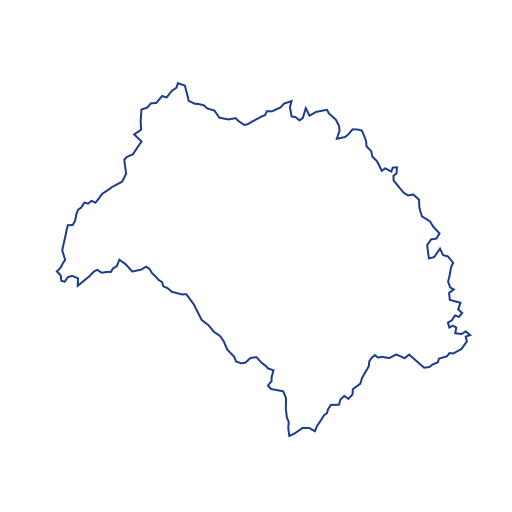 Pontão, Rio Grande do Sul, Brazil, rotated 351°
{"feature_id": "56859067B45504754555875", "entity_name": "Pontão", "entity_type": "district", "adm_level": 2, "iso_a3": "BRA", "parent_name": "Brazil", "parent_adm1": "Rio Grande do Sul", "projection": "natural_earth1", "projection_center": [-52.639, -28.041], "detail": "fine", "context": "isolated", "style": "outline", "palette": "blue", "viewbox_px": 512, "rotation_deg": 351, "n_neighbors": 0, "source": "geoboundaries", "source_scale": "gbopen_adm2", "svg_char_len": 2982}
<svg xmlns="http://www.w3.org/2000/svg" viewBox="0 0 512 512"><g transform="rotate(351 256 256)"><path d="M286.8,438.3L289.7,433.4L294.6,428.2L298.4,423.8L301.5,422.3L303.2,418.6L306.6,414.8L314.6,415.9L317.0,410.9L321.3,408.0L324.9,411.5L329.7,407.8L330.8,402.7L339.0,398.5L341.7,393.0L350.2,382.5L351.4,377.8L354.5,374.5L357.9,372.5L360.6,375.4L364.6,375.3L371.6,377.7L378.9,375.2L383.2,377.8L386.8,380.2L391.8,377.3L404.5,392.6L409.9,392.8L413.3,390.8L418.9,389.5L420.7,386.0L429.0,384.9L431.8,382.2L435.6,383.1L444.2,380.1L450.9,373.4L450.5,368.4L455.1,367.6L451.3,363.3L446.9,365.2L440.7,363.5L442.6,358.0L439.5,355.6L435.8,356.9L435.1,351.8L439.1,350.3L443.4,345.8L446.9,347.9L450.7,344.5L447.3,340.4L450.6,334.2L440.6,329.7L440.9,322.7L446.1,320.0L442.9,317.5L441.7,311.5L444.2,305.4L447.1,297.2L449.7,293.6L445.5,286.4L440.9,284.4L438.9,277.5L431.8,285.0L426.4,285.4L426.7,272.2L431.5,267.0L436.9,267.0L440.8,262.5L435.5,254.5L433.2,248.9L426.2,242.9L425.3,237.7L425.0,233.0L425.8,225.8L420.9,219.8L415.8,220.0L412.0,216.9L409.3,212.6L403.7,202.9L404.4,198.1L407.7,196.5L409.1,190.5L404.9,190.1L402.9,193.8L397.3,189.6L393.6,191.6L390.3,181.2L386.5,176.2L386.2,170.5L382.3,165.0L382.7,159.7L381.6,154.4L380.2,148.6L375.8,146.9L371.2,146.0L366.5,150.1L362.7,152.4L358.9,152.6L354.2,152.9L358.1,145.3L358.4,140.7L356.2,133.9L353.3,130.3L350.3,126.6L349.0,122.7L337.8,123.1L330.8,125.8L328.3,117.8L325.9,122.7L323.9,126.9L320.3,128.9L316.6,124.9L313.0,123.8L312.8,114.3L315.3,108.5L307.5,109.9L303.2,113.2L294.4,115.6L289.3,114.7L287.0,118.3L282.9,119.2L272.0,123.1L268.7,124.5L265.1,124.8L259.8,120.0L257.5,116.7L250.0,116.8L241.4,113.6L237.7,105.9L230.9,102.6L228.2,99.1L223.1,96.9L219.2,96.0L213.8,92.2L213.3,85.7L212.4,76.6L205.9,73.1L203.7,77.4L199.0,79.5L192.5,85.4L188.3,83.3L181.5,89.2L176.0,88.8L171.7,92.5L165.8,93.4L163.2,104.6L162.3,113.2L154.7,116.9L160.8,124.9L150.3,136.3L144.0,138.0L140.9,140.3L140.6,154.6L135.3,161.7L124.7,165.3L118.9,168.3L113.8,170.5L110.1,174.3L105.8,178.2L102.1,175.8L98.3,178.0L94.9,176.4L90.8,180.9L87.6,182.4L85.0,186.8L82.8,193.0L79.8,196.7L75.0,196.2L73.2,200.2L71.8,204.1L65.5,220.0L66.9,230.0L64.2,232.8L61.3,236.8L56.9,240.1L60.1,244.7L59.8,250.0L63.0,251.5L67.0,247.4L71.4,246.9L76.7,250.2L75.3,257.5L88.2,250.0L93.6,245.9L97.1,244.8L100.9,248.4L106.9,248.4L110.1,249.1L112.7,246.0L116.9,244.3L120.5,238.3L126.0,243.8L131.4,252.0L140.4,251.5L145.7,249.4L148.6,251.8L150.8,256.9L153.5,260.4L156.0,264.3L159.2,267.2L159.7,271.4L163.7,274.0L167.1,278.1L176.8,282.4L181.2,282.8L187.0,294.1L192.3,310.6L198.3,317.0L202.5,324.2L208.1,329.6L210.8,335.3L212.9,343.9L218.7,352.1L219.8,357.0L224.6,359.7L228.8,359.7L234.7,355.8L240.7,356.0L244.6,362.1L248.3,365.9L250.4,369.0L255.4,371.6L252.5,378.0L251.8,382.0L247.5,385.9L250.0,389.7L261.7,393.9L263.4,401.2L261.5,412.2L261.2,420.5L262.4,425.1L261.0,430.7L260.7,438.9L265.9,437.5L271.1,435.1L275.1,433.1L281.5,434.1L286.8,438.3Z" fill="none" stroke="#1e3a8a" stroke-width="2"/></g></svg>